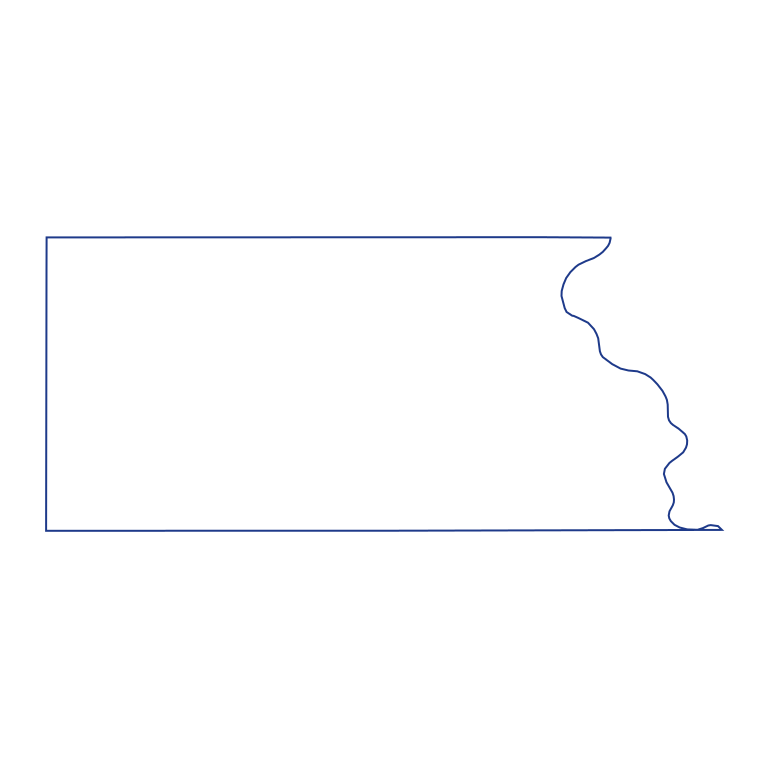 Otoe, Nebraska, United States of America
{"feature_id": "52423323B62260042074042", "entity_name": "Otoe", "entity_type": "district", "adm_level": 2, "iso_a3": "USA", "parent_name": "United States of America", "parent_adm1": "Nebraska", "projection": "natural_earth1", "projection_center": [-95.833, 40.654], "detail": "fine", "context": "isolated", "style": "outline", "palette": "blue", "viewbox_px": 768, "rotation_deg": 0, "n_neighbors": 0, "source": "geoboundaries", "source_scale": "gbopen_adm2", "svg_char_len": 1108}
<svg xmlns="http://www.w3.org/2000/svg" viewBox="0 0 768 768"><path d="M401.7,530.7L721.9,529.9L718.0,526.1L710.7,525.1L708.3,525.5L702.9,528.1L697.5,529.8L687.2,529.4L679.7,527.5L674.5,524.8L670.9,521.2L669.3,518.4L668.7,515.5L669.5,511.3L672.8,505.3L673.8,502.4L674.0,499.6L673.6,496.1L672.5,492.7L666.5,482.3L663.9,474.0L664.9,468.8L669.4,463.0L672.0,460.9L678.0,456.6L683.2,452.3L686.0,447.6L687.0,444.3L687.2,440.5L686.3,436.5L684.9,434.1L678.8,428.8L673.1,425.0L670.9,423.1L669.0,420.3L668.0,416.8L667.7,404.6L666.9,399.9L665.5,396.4L662.5,390.9L657.4,384.3L653.2,379.9L650.6,377.5L645.2,374.1L637.3,371.3L628.5,370.5L620.6,368.6L613.5,364.8L612.3,364.2L602.8,357.1L601.0,354.4L599.9,351.3L598.2,338.3L596.5,333.9L594.0,329.2L588.0,322.7L578.0,317.8L573.7,315.9L572.2,315.7L566.6,312.0L564.7,308.1L561.5,296.0L561.7,291.0L563.5,284.4L566.2,278.0L570.4,272.1L575.5,267.0L578.5,264.7L585.9,261.1L593.9,258.0L599.4,254.6L602.8,251.9L606.3,248.0L608.1,245.8L609.6,242.8L610.6,238.4L610.5,237.6L541.1,237.2L46.6,237.4L46.5,270.0L46.1,530.8L401.7,530.7Z" fill="none" stroke="#1e3a8a" stroke-width="2"/></svg>